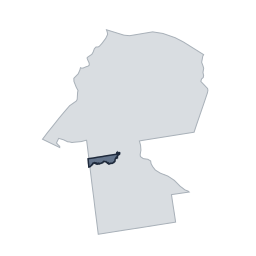 location of Poptún, Petén, Guatemala, rotated 171°
{"feature_id": "79465075B98225728966625", "entity_name": "Poptún", "entity_type": "district", "adm_level": 2, "iso_a3": "GTM", "parent_name": "Guatemala", "parent_adm1": "Petén", "projection": "robinson", "projection_center": [-89.691, 16.335], "detail": "fine", "context": "in_parent", "style": "filled", "palette": "slate", "viewbox_px": 256, "rotation_deg": 171, "n_neighbors": 0, "source": "geoboundaries", "source_scale": "gbopen_adm2", "svg_char_len": 4564}
<svg xmlns="http://www.w3.org/2000/svg" viewBox="0 0 256 256"><g transform="rotate(171 128 128)"><path d="M41.8,188.6L42.9,187.3L43.9,184.4L45.0,181.4L44.3,178.0L43.9,175.2L45.3,171.1L45.1,168.0L45.8,166.1L47.7,164.9L48.8,162.6L43.2,154.5L43.2,152.7L44.0,150.4L48.5,141.8L53.9,131.6L59.9,120.3L63.4,113.5L76.4,113.5L85.1,113.5L96.0,113.5L107.8,113.5L115.6,113.5L118.8,113.4L118.3,109.0L118.7,104.1L120.2,99.7L120.2,97.8L117.8,95.4L113.3,94.0L110.8,91.9L110.8,89.2L109.7,86.0L107.6,82.2L103.1,78.3L96.2,74.3L90.4,69.0L85.6,62.3L81.5,58.0L78.4,56.2L77.6,55.2L86.8,55.3L95.5,55.4L95.6,45.8L95.6,37.2L95.7,27.6L111.4,27.6L130.2,27.6L149.7,27.7L165.0,27.7L174.0,27.7L173.6,39.6L173.2,53.5L172.8,63.6L172.4,77.2L171.9,91.1L171.2,110.0L170.8,122.2L171.0,122.5L176.2,121.9L183.7,122.4L185.6,122.4L187.9,123.4L189.7,123.8L193.6,126.5L198.1,128.6L201.0,124.4L199.4,121.9L198.3,120.6L198.5,119.4L214.2,130.3L212.4,132.0L208.4,135.9L201.1,142.5L194.6,148.5L188.4,153.9L182.7,158.7L182.1,159.2L174.9,162.7L173.7,164.2L172.2,171.1L171.5,172.8L172.8,176.6L174.1,182.5L173.7,185.6L168.7,189.3L166.5,192.7L165.5,195.0L164.6,194.4L163.1,194.2L159.5,195.1L157.8,195.3L156.4,196.2L156.2,198.3L157.2,201.8L157.5,203.6L156.5,204.4L152.2,206.4L150.5,208.5L148.8,211.6L146.9,213.0L144.9,212.7L143.5,213.2L140.5,215.6L135.9,220.1L133.5,223.6L133.5,226.1L133.9,228.4L117.4,220.3L111.9,218.9L88.6,219.1L78.7,215.9L67.3,209.8L59.7,204.2L41.8,188.6Z" fill="#d9dde1" stroke="#a8b0b8" stroke-width="1"/><path d="M153.5,96.4L153.5,96.5L153.4,96.5L153.2,96.4L153.1,96.2L153.0,95.9L152.9,96.0L152.9,95.9L152.7,95.8L152.6,95.7L152.5,95.8L152.4,95.8L152.4,95.7L152.5,95.6L152.3,95.4L152.2,95.5L151.9,95.6L151.7,95.5L151.4,95.5L151.2,95.6L150.9,95.8L150.8,95.7L150.7,95.7L150.8,95.8L150.7,95.8L150.4,95.9L150.2,95.9L149.9,95.8L149.9,95.7L149.4,95.5L149.2,95.6L148.9,95.6L148.7,95.7L148.4,95.9L148.2,96.0L147.9,96.0L147.7,96.0L147.6,96.3L147.4,96.3L147.4,96.5L147.2,96.6L147.0,96.8L146.9,96.8L146.7,96.8L146.3,96.9L146.2,97.0L146.1,97.3L146.0,97.5L145.9,97.7L145.9,97.8L146.0,97.9L146.0,98.0L145.9,98.2L145.9,98.3L145.8,98.6L145.8,98.8L145.8,98.7L145.6,99.2L145.5,99.3L145.4,99.3L145.2,99.6L145.1,99.8L144.9,99.8L144.9,100.0L144.6,100.2L144.5,100.4L144.4,100.4L144.3,100.6L144.2,100.5L144.2,100.8L143.9,100.9L143.7,100.8L143.4,100.8L143.3,100.7L143.3,100.8L143.1,100.8L142.9,100.9L142.9,101.0L143.0,101.5L143.2,101.8L143.1,102.0L142.9,102.2L142.7,102.2L142.7,102.3L142.4,102.4L142.3,102.5L142.2,102.6L142.0,102.8L141.9,103.0L141.8,102.9L141.7,103.0L141.4,103.1L141.2,103.1L140.9,103.2L140.9,103.3L140.6,103.4L140.5,103.5L140.4,103.6L140.4,103.8L140.3,104.0L140.2,104.3L140.1,104.5L140.1,104.9L140.3,105.0L140.3,104.9L140.5,105.1L140.8,105.0L140.9,104.8L141.0,104.8L141.2,105.0L141.3,105.0L141.3,104.9L141.3,104.6L141.5,104.7L141.8,104.7L142.1,105.0L142.3,105.1L142.5,105.1L142.6,105.3L142.6,105.5L142.7,105.4L142.8,105.4L142.8,105.2L143.0,105.1L143.1,104.9L143.0,104.7L143.0,104.4L142.9,104.4L142.9,104.1L142.8,103.9L151.5,103.9L151.8,103.9L152.7,103.9L153.3,103.9L155.9,103.9L157.8,103.8L162.6,103.9L165.8,103.8L166.3,103.8L167.2,103.8L167.5,103.8L170.8,103.9L172.3,103.8L172.5,100.3L172.6,99.8L172.6,99.0L172.6,98.5L172.6,98.0L172.8,95.6L172.1,95.7L171.9,95.6L171.6,95.7L171.2,95.9L170.4,96.5L170.2,96.7L170.2,96.9L170.1,97.0L169.9,97.1L169.7,97.0L169.5,97.4L169.3,97.5L169.2,97.5L169.1,97.4L168.9,97.5L168.7,97.5L168.5,97.8L168.4,98.1L168.5,98.2L168.5,98.3L168.4,98.3L168.3,98.5L168.1,98.5L167.9,98.6L167.8,98.8L167.6,98.7L167.5,98.8L167.3,98.9L167.2,98.9L166.9,98.6L166.7,98.6L166.6,98.8L166.5,98.7L166.3,98.9L166.2,98.8L166.0,98.7L165.8,98.7L165.9,98.4L165.7,98.4L165.4,98.3L165.4,98.1L165.2,98.0L164.9,98.0L164.7,98.1L164.7,97.9L164.4,97.9L164.3,97.6L164.2,97.5L164.2,97.4L164.3,97.3L164.2,97.3L164.1,97.2L164.0,97.3L163.8,97.1L163.6,97.2L163.3,97.2L163.3,97.3L163.2,97.2L163.1,97.3L163.1,97.2L162.6,97.1L162.7,97.3L162.5,97.1L162.4,97.1L162.4,97.3L162.2,97.4L162.2,97.5L161.8,97.5L161.7,97.5L161.6,97.4L161.4,97.4L161.2,97.2L160.8,97.2L160.6,97.3L160.4,97.4L160.1,97.3L159.9,97.5L159.7,97.5L159.4,97.7L159.2,97.6L158.9,97.5L158.7,97.6L158.5,97.9L158.4,97.9L158.2,98.0L158.1,97.9L158.0,98.0L157.9,98.2L157.8,98.3L157.7,98.6L157.5,98.8L157.4,98.8L157.1,98.7L156.9,98.7L156.8,98.8L156.7,98.7L156.3,98.4L156.1,98.4L155.9,98.3L155.8,98.2L155.7,98.2L155.6,98.3L155.4,98.3L155.1,98.3L155.1,98.2L154.9,98.1L154.8,97.9L154.7,97.8L154.7,97.6L154.5,97.3L154.3,97.3L154.2,97.2L153.9,97.1L153.7,97.1L153.6,96.9L153.7,96.7L153.7,96.4L153.5,96.4Z" fill="#64748b" stroke="#1e293b" stroke-width="1.5"/></g></svg>